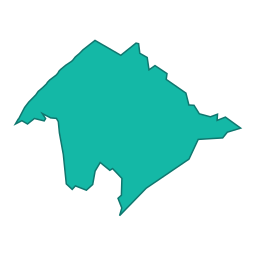 the district of Tyler, West Virginia, United States of America
{"feature_id": "52423323B75939807173919", "entity_name": "Tyler", "entity_type": "district", "adm_level": 2, "iso_a3": "USA", "parent_name": "United States of America", "parent_adm1": "West Virginia", "projection": "natural_earth1", "projection_center": [-80.928, 39.451], "detail": "fine", "context": "isolated", "style": "filled", "palette": "teal", "viewbox_px": 256, "rotation_deg": 0, "n_neighbors": 0, "source": "geoboundaries", "source_scale": "gbopen_adm2", "svg_char_len": 926}
<svg xmlns="http://www.w3.org/2000/svg" viewBox="0 0 256 256"><path d="M52.5,77.9L49.7,80.0L47.4,82.4L46.5,83.9L42.7,87.6L38.2,91.4L35.8,94.9L28.8,102.0L24.6,107.5L18.5,119.2L18.2,119.2L15.4,124.0L21.9,120.7L27.5,124.0L34.4,118.5L44.2,120.9L45.6,118.6L42.3,113.5L50.7,117.9L56.4,118.4L58.3,121.6L59.4,132.9L63.3,154.4L66.3,183.9L72.2,189.4L75.4,185.9L86.4,190.2L92.7,184.5L95.1,171.1L100.2,162.5L109.8,170.3L112.6,168.6L121.9,178.4L121.4,195.2L118.0,198.3L121.8,208.0L119.6,215.6L146.2,188.2L189.0,159.1L198.2,139.4L222.7,137.9L227.3,132.2L240.6,128.1L225.4,117.1L217.1,120.4L217.5,114.2L210.4,116.8L199.3,113.8L194.0,105.3L188.9,105.0L185.9,93.1L166.2,79.4L167.0,73.6L155.0,65.6L149.0,69.8L147.2,57.5L139.8,53.3L138.6,43.7L136.0,43.1L120.8,55.3L95.0,40.4L83.0,49.8L79.4,53.5L75.3,57.0L72.6,60.4L71.2,61.6L65.9,65.1L60.8,69.3L59.1,71.0L57.9,73.1L56.3,75.0L52.5,77.9Z" fill="#14b8a6" stroke="#0f766e" stroke-width="1.5"/></svg>